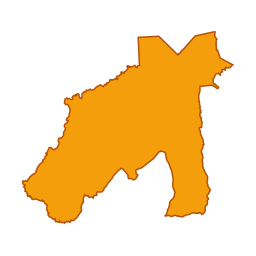 Luano, Central, Zambia (Robinson projection), rotated 177°
{"feature_id": "96606910B16035329871790", "entity_name": "Luano", "entity_type": "district", "adm_level": 2, "iso_a3": "ZMB", "parent_name": "Zambia", "parent_adm1": "Central", "projection": "robinson", "projection_center": [29.687, -14.461], "detail": "fine", "context": "isolated", "style": "filled", "palette": "amber", "viewbox_px": 256, "rotation_deg": 177, "n_neighbors": 0, "source": "geoboundaries", "source_scale": "gbopen_adm2", "svg_char_len": 5741}
<svg xmlns="http://www.w3.org/2000/svg" viewBox="0 0 256 256"><g transform="rotate(177 128 128)"><path d="M36.0,219.4L37.7,219.5L56.1,216.4L69.3,203.0L70.3,202.7L72.0,200.2L73.6,199.5L73.6,199.1L74.0,198.9L74.3,198.3L92.5,218.0L113.1,218.0L113.3,190.9L113.0,189.9L114.8,189.7L115.6,188.9L115.7,188.0L116.6,187.9L118.0,190.2L120.6,188.9L122.7,189.4L122.8,189.3L122.5,188.6L123.2,188.4L124.0,188.8L124.1,189.6L124.5,190.1L125.2,190.2L125.8,189.6L125.5,188.6L125.0,188.5L125.0,187.2L127.6,184.6L128.7,184.5L128.7,183.6L129.0,183.0L130.6,183.4L131.1,184.3L131.9,184.2L132.2,183.4L131.9,182.1L132.0,181.8L133.0,181.7L134.0,180.6L136.0,180.4L137.0,179.2L137.1,178.6L135.7,177.9L135.9,177.2L137.4,178.1L137.8,177.5L138.6,177.7L140.1,176.8L141.4,177.0L141.8,176.7L142.4,177.2L143.2,177.2L143.8,176.5L143.7,175.7L145.0,174.5L146.0,174.1L146.5,174.3L147.2,173.5L147.2,172.4L147.7,172.3L147.9,172.9L149.1,172.4L150.6,170.6L153.4,172.7L155.5,171.1L156.1,171.3L157.3,170.7L159.8,168.3L162.5,167.7L163.5,168.7L164.6,168.5L165.8,167.6L167.6,168.0L168.3,166.2L169.8,166.7L170.7,165.5L171.8,165.1L172.2,164.1L172.3,160.8L172.9,160.0L174.5,160.5L175.2,162.6L175.3,164.2L175.7,164.7L176.4,164.8L177.0,164.7L177.4,164.1L178.1,164.0L177.8,163.1L178.4,162.7L178.9,162.8L179.4,163.6L181.8,162.3L182.1,161.7L181.6,161.3L181.5,160.3L181.9,159.6L183.8,159.5L184.8,160.5L186.5,160.4L187.4,161.2L188.9,160.2L189.2,160.3L190.1,157.4L190.1,155.9L188.8,154.5L187.7,154.8L186.9,154.4L185.2,151.0L184.9,148.2L186.0,145.0L186.3,142.6L188.4,141.0L189.1,139.6L188.9,138.7L187.7,138.8L187.4,138.6L187.5,138.0L188.4,136.5L190.7,135.2L191.5,133.6L191.4,132.8L190.4,131.3L191.4,128.3L192.5,127.4L192.8,123.8L194.8,121.6L197.7,121.3L198.2,120.1L198.3,118.8L198.2,117.7L197.4,116.5L197.5,115.9L198.2,115.1L199.7,111.9L200.8,111.6L201.3,111.0L202.0,111.0L202.2,110.6L203.5,110.0L204.2,110.4L204.6,111.4L205.6,112.2L206.9,112.8L207.7,112.5L209.8,108.4L211.4,107.0L210.9,106.3L210.1,106.5L210.2,105.3L212.4,103.9L212.3,102.4L214.8,100.3L214.4,99.7L214.7,98.9L218.6,95.9L218.8,95.0L219.7,94.4L220.9,92.5L221.1,91.3L221.9,90.4L221.8,89.5L223.0,87.8L224.2,86.9L225.5,86.8L225.8,86.2L226.9,85.8L228.0,84.4L228.6,84.3L229.2,83.0L230.5,81.9L231.1,80.2L231.8,80.1L233.1,80.9L234.0,80.1L235.4,80.7L236.0,80.3L235.8,77.6L233.7,76.4L234.5,75.1L235.2,75.1L235.4,74.6L234.4,74.0L234.0,73.1L234.2,72.6L233.7,71.9L234.2,70.2L232.6,69.5L232.2,67.6L231.6,67.3L231.7,66.7L232.1,66.3L231.6,65.7L231.7,64.9L231.2,64.9L230.9,65.4L229.8,65.4L229.4,64.3L229.0,64.9L228.6,64.0L228.0,63.8L227.9,62.3L227.2,61.8L226.2,61.5L223.6,62.0L219.4,59.9L218.9,59.9L217.6,60.5L217.4,60.2L217.4,59.3L215.9,59.4L214.8,56.7L213.8,56.3L213.6,55.7L212.8,55.2L213.5,51.2L213.2,49.9L212.7,49.4L212.4,47.6L211.4,47.0L212.4,45.9L212.3,45.2L211.6,44.4L211.4,43.6L208.9,42.4L208.6,41.5L207.8,41.3L206.9,40.5L206.3,40.5L205.7,41.1L205.4,39.0L205.2,39.3L204.3,38.3L203.4,38.1L202.7,37.5L202.1,37.9L201.7,37.7L201.4,38.6L201.0,37.7L200.7,38.0L200.4,37.6L199.0,37.3L198.8,36.9L196.9,36.8L196.5,36.5L196.4,37.2L195.3,37.0L194.0,38.0L193.3,37.4L192.0,37.9L191.4,37.1L190.3,37.2L190.1,37.4L190.3,37.9L189.7,38.4L189.5,39.0L188.6,38.5L187.0,38.6L184.2,40.7L180.5,45.4L179.9,46.6L179.1,46.7L178.7,48.7L179.2,50.4L178.7,51.6L178.4,53.8L177.6,54.6L177.4,55.6L176.5,55.8L176.4,59.5L175.8,61.5L174.9,62.2L174.7,63.6L173.5,62.6L172.5,62.7L172.4,62.2L171.1,62.4L170.8,60.9L167.1,60.8L166.4,59.9L165.6,62.1L164.4,62.5L163.1,62.3L162.5,63.1L162.8,64.0L162.4,65.5L161.5,65.8L160.4,65.5L157.1,65.7L155.5,67.5L154.8,69.3L153.0,70.7L150.8,74.1L146.4,78.6L145.9,80.1L139.2,86.7L137.9,87.2L137.1,88.2L135.0,87.0L134.1,85.9L133.9,85.2L132.9,84.4L130.9,81.5L130.4,80.3L130.6,79.5L130.4,78.1L129.5,77.1L128.7,77.5L127.6,77.5L125.7,76.0L124.5,76.0L122.8,77.0L120.6,80.4L121.9,81.7L122.7,84.9L121.5,86.0L116.3,87.6L104.2,96.1L98.0,102.8L97.2,102.7L96.3,103.3L92.4,101.8L91.8,100.2L91.3,95.6L90.6,93.1L89.3,91.2L86.4,81.9L85.5,73.1L86.1,71.2L86.3,66.8L84.3,61.0L85.1,59.8L85.3,57.1L86.0,56.6L86.9,55.0L89.2,53.2L89.9,52.1L90.4,51.0L90.7,48.6L91.6,46.1L92.8,44.2L92.8,43.4L94.4,39.4L95.6,38.4L94.7,38.1L92.4,38.7L89.3,37.3L84.9,38.5L83.4,37.3L82.7,37.6L80.5,36.7L78.0,36.5L74.5,38.1L72.5,38.2L67.6,39.9L64.5,39.3L61.8,39.2L60.8,39.9L59.7,39.3L58.9,37.7L56.8,38.9L55.2,41.4L55.2,44.9L54.3,46.4L53.0,47.2L52.5,48.7L52.7,51.2L52.5,51.7L51.4,52.6L51.5,53.7L52.5,54.5L52.3,55.0L52.8,56.3L52.2,57.1L51.0,58.0L50.7,58.8L50.8,59.5L50.0,59.8L49.4,60.9L49.2,62.7L50.3,64.0L50.8,65.1L51.5,65.9L51.2,66.7L51.9,69.4L51.9,70.2L51.2,72.5L51.3,74.0L51.0,75.2L53.0,78.9L54.6,83.1L55.6,86.7L55.1,88.1L55.6,90.9L55.4,91.7L55.7,92.6L54.6,94.3L55.3,98.8L55.9,99.2L56.1,99.9L55.8,101.8L54.3,104.2L54.0,107.2L53.1,107.3L53.0,107.6L53.5,109.7L53.7,112.2L55.8,118.2L56.1,121.6L57.0,124.1L55.7,125.0L54.6,124.6L53.7,129.7L54.0,130.0L53.9,130.6L54.2,130.8L54.7,132.9L54.2,133.8L54.5,134.1L54.3,134.4L55.4,135.4L55.0,136.1L55.5,136.9L55.7,138.0L55.2,138.5L55.4,139.0L54.7,139.2L54.3,139.9L54.5,140.6L55.0,141.2L54.4,141.8L54.6,142.4L55.5,143.9L54.7,145.0L55.1,146.3L55.4,150.5L55.7,150.8L55.8,151.9L55.6,152.9L55.9,154.9L55.4,157.9L54.9,158.9L54.1,161.9L54.0,165.8L42.7,166.3L41.1,165.9L36.6,162.6L35.4,163.6L35.7,164.4L38.1,166.4L38.5,167.3L39.7,167.5L40.5,168.2L40.5,172.5L39.3,173.7L38.0,176.6L37.5,177.1L34.8,178.0L33.3,175.9L33.0,176.2L32.8,177.8L32.4,178.7L30.7,179.2L31.2,180.0L31.2,181.2L30.6,181.5L29.4,181.5L27.8,180.8L28.0,182.3L27.3,182.7L27.0,183.4L26.3,182.8L25.9,183.0L24.6,182.8L22.8,183.0L21.3,184.7L20.0,185.6L32.3,193.0L34.3,200.5L34.9,201.2L35.2,200.8L35.8,201.3L35.3,203.2L35.7,204.0L35.6,205.6L35.8,205.8L35.5,206.4L35.8,206.6L35.5,208.3L35.7,208.9L35.4,209.2L35.4,211.0L34.6,211.9L36.7,215.4L36.0,219.4Z" fill="#f59e0b" stroke="#b45309" stroke-width="1.5"/></g></svg>